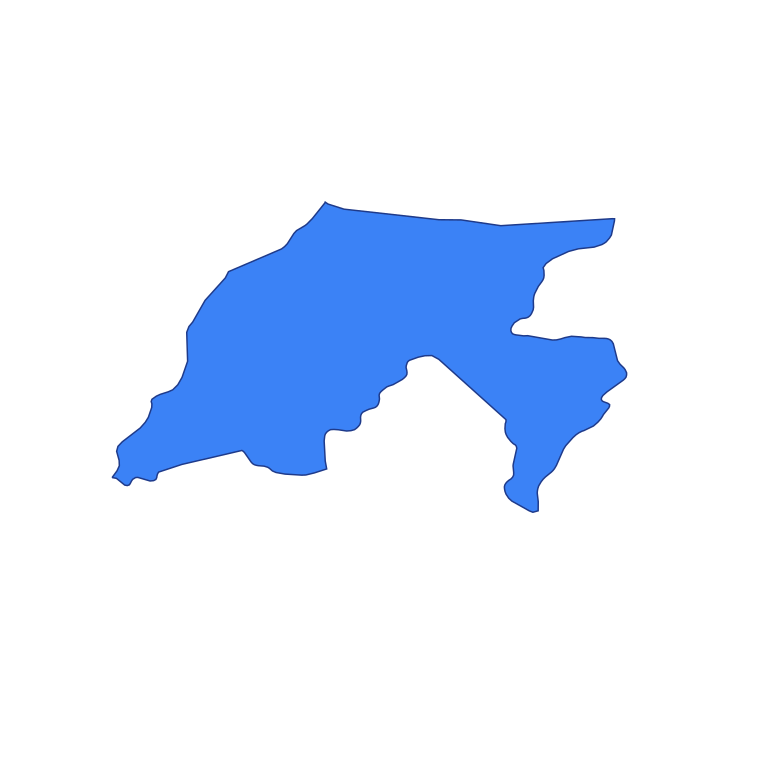 outline of Thiès, rotated 60°
{"feature_id": "SEN-768", "entity_name": "Thiès", "entity_type": "Region", "adm_level": 1, "iso_a3": "SEN", "parent_name": "Senegal", "parent_adm1": "", "projection": "natural_earth1", "projection_center": [-16.596, 14.801], "detail": "fine", "context": "isolated", "style": "filled", "palette": "blue", "viewbox_px": 768, "rotation_deg": 60, "n_neighbors": 0, "source": "natural_earth", "source_scale": "10m", "svg_char_len": 3422}
<svg xmlns="http://www.w3.org/2000/svg" viewBox="0 0 768 768"><g transform="rotate(60 384 384)"><path d="M197.1,344.0L200.3,342.4L212.6,331.2L269.2,254.3L280.5,235.1L305.3,203.7L354.9,103.8L356.2,101.7L358.0,102.9L368.7,112.6L370.3,115.6L372.0,120.5L372.2,122.7L372.2,125.5L370.5,133.6L364.1,148.1L361.5,157.8L359.8,175.4L360.7,183.4L362.8,188.0L365.7,188.8L369.9,191.0L372.0,192.6L373.3,194.3L374.3,196.2L376.6,201.5L380.9,208.1L382.2,209.6L383.5,210.8L386.6,213.1L392.3,216.1L394.4,217.8L396.8,221.1L397.8,223.2L398.2,225.5L398.0,227.3L397.5,229.0L396.7,230.6L396.2,231.9L395.7,233.7L396.1,240.5L397.8,244.1L399.3,246.2L401.1,247.4L402.9,247.8L404.7,247.6L406.2,246.5L407.5,245.1L412.2,238.9L414.0,235.4L430.1,216.2L432.0,212.7L433.3,208.6L434.3,204.1L436.4,197.8L441.9,189.6L444.3,186.6L448.3,179.9L451.8,175.2L454.8,170.1L455.9,168.5L457.3,167.1L458.9,166.0L461.1,165.3L463.8,165.3L480.6,170.1L484.8,169.7L490.2,168.2L492.2,168.0L495.6,168.3L497.5,169.4L499.1,171.0L499.8,172.7L500.3,174.9L502.3,194.8L503.4,200.2L504.7,202.6L506.3,203.6L508.1,203.4L509.5,202.4L512.6,199.8L514.6,198.9L516.0,199.8L517.1,201.3L520.2,209.3L521.2,210.9L522.6,213.7L524.0,217.9L525.1,223.6L524.3,234.3L523.9,236.0L523.7,239.6L524.0,243.1L524.9,247.2L528.3,257.5L530.2,261.1L540.7,275.4L542.6,278.8L543.4,280.9L544.0,283.2L545.2,290.7L546.0,293.7L547.2,296.7L549.6,301.0L551.5,303.1L553.4,304.7L555.0,305.8L563.1,309.3L570.9,313.9L569.5,319.2L566.5,321.6L549.4,331.8L545.3,333.1L540.5,333.4L537.5,332.9L535.2,332.1L533.3,331.2L531.9,329.9L530.9,328.2L530.2,326.2L529.8,323.9L529.7,321.5L529.0,319.2L527.7,317.3L525.4,315.9L519.5,313.2L518.0,312.1L506.0,301.1L504.2,300.6L502.9,300.6L502.3,300.8L502.0,300.9L501.9,301.0L501.5,301.3L500.0,302.0L497.2,302.8L492.1,303.6L488.9,303.5L486.4,303.0L483.2,301.6L479.0,298.8L478.2,297.8L477.2,296.9L475.8,296.2L390.0,324.2L383.3,328.3L380.0,334.4L377.9,340.9L376.2,350.2L376.5,352.1L377.2,353.3L379.2,355.5L380.7,356.6L383.9,357.6L385.7,358.4L387.2,359.5L388.2,361.2L388.8,363.4L389.2,365.9L389.1,376.4L388.2,380.8L387.9,383.1L388.6,388.0L389.1,390.4L389.9,392.5L391.2,393.8L394.7,395.4L396.2,396.6L397.6,397.9L398.8,399.4L399.6,401.1L399.9,403.0L399.6,404.9L398.4,409.4L398.0,412.7L397.8,416.3L398.4,418.2L399.5,419.7L401.0,420.9L404.4,422.7L405.9,423.9L407.1,425.4L407.9,427.4L408.5,429.7L408.8,432.3L407.9,435.9L406.0,439.9L400.8,446.4L398.3,450.1L396.8,453.1L396.7,455.5L397.1,457.8L398.0,459.8L399.2,461.2L403.4,464.3L421.3,473.4L428.9,476.1L426.2,488.7L423.7,497.2L421.8,500.8L412.5,514.8L406.6,521.8L403.5,524.1L399.7,525.4L398.0,526.3L395.2,528.9L391.8,533.8L390.5,535.3L389.1,536.6L387.3,537.6L385.2,538.1L373.5,539.1L371.8,539.6L370.5,540.3L352.6,599.2L347.6,623.2L348.6,625.0L349.9,626.4L351.5,627.7L352.6,629.3L352.5,631.8L351.0,635.1L341.8,643.9L340.8,645.9L340.9,649.4L341.9,651.4L343.1,653.2L344.0,654.9L343.6,657.1L341.9,659.1L331.9,662.9L329.1,666.2L329.1,666.3L325.7,658.6L322.5,654.1L317.8,651.6L308.6,649.2L305.0,645.6L303.2,639.6L300.2,617.1L297.8,609.9L295.0,604.7L288.2,596.9L285.1,594.9L282.8,594.4L281.2,592.6L280.7,587.2L281.1,582.9L282.9,574.7L283.4,569.9L281.6,563.0L277.3,555.6L266.1,542.7L240.6,529.0L236.7,524.2L234.7,518.7L222.1,497.1L212.8,468.4L209.0,462.5L209.0,462.4L209.0,462.2L215.8,405.2L215.3,401.4L214.2,397.6L208.6,386.8L207.4,383.0L207.3,373.2L207.0,370.9L204.9,363.3L197.6,344.6L197.1,344.0Z" fill="#3b82f6" stroke="#1e3a8a" stroke-width="1.5"/></g></svg>